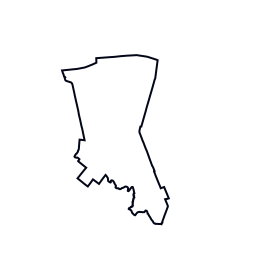 Malu, Giurgiu, Romania (Natural Earth projection), rotated 220°
{"feature_id": "2599482B97919449751722", "entity_name": "Malu", "entity_type": "district", "adm_level": 2, "iso_a3": "ROU", "parent_name": "Romania", "parent_adm1": "Giurgiu", "projection": "natural_earth1", "projection_center": [25.787, 43.81], "detail": "fine", "context": "isolated", "style": "outline", "palette": "ink", "viewbox_px": 256, "rotation_deg": 220, "n_neighbors": 0, "source": "geoboundaries", "source_scale": "gbopen_adm2", "svg_char_len": 4769}
<svg xmlns="http://www.w3.org/2000/svg" viewBox="0 0 256 256"><g transform="rotate(220 128 128)"><path d="M148.9,199.0L149.9,198.7L155.6,196.4L159.2,194.9L168.2,189.4L174.9,183.1L179.6,178.5L183.8,174.1L186.5,171.5L197.2,161.1L194.2,157.7L196.3,153.3L197.3,151.6L197.5,151.0L200.0,146.6L205.0,140.5L212.2,133.1L215.5,129.7L212.6,127.9L211.9,127.7L210.2,126.4L209.9,126.3L209.3,126.6L209.1,126.5L209.0,126.4L208.9,126.4L209.0,126.1L208.8,126.0L208.8,125.8L208.2,125.3L207.7,125.0L207.1,124.6L206.5,124.3L206.1,124.3L205.8,124.3L205.4,124.5L204.1,125.0L201.2,126.2L201.0,126.3L200.7,126.3L200.0,126.2L199.4,126.1L198.9,125.8L198.0,125.2L196.7,124.2L191.4,120.1L189.8,118.8L177.3,109.3L174.1,106.6L170.2,103.7L164.8,99.5L164.0,98.9L163.7,98.8L162.3,97.7L161.6,97.2L159.6,95.6L153.4,90.7L157.6,88.0L157.3,87.5L155.4,84.8L154.4,83.4L153.3,81.8L152.9,81.4L152.6,80.8L152.1,80.2L151.9,79.8L151.8,79.6L151.8,79.3L151.7,78.3L151.6,78.2L151.1,77.7L151.1,77.0L151.1,76.6L150.9,75.7L150.9,75.4L151.1,74.9L151.2,74.5L151.0,74.0L151.0,73.3L150.8,72.3L150.7,72.1L150.7,71.8L150.6,71.7L150.3,71.6L150.1,71.6L149.7,71.5L148.6,72.0L148.4,72.1L147.9,72.7L147.7,72.8L147.0,72.9L145.2,72.9L145.0,72.7L145.0,70.7L144.9,70.6L144.7,70.5L139.5,70.6L134.5,70.7L134.5,66.6L134.4,61.6L134.3,57.0L123.1,57.2L122.8,57.3L122.7,57.3L121.2,57.4L121.4,61.1L121.8,66.1L114.9,66.5L114.3,66.5L114.8,73.0L115.0,77.6L113.5,77.4L113.2,77.3L112.4,77.0L111.7,76.9L111.1,76.5L110.6,76.2L110.3,75.8L110.2,75.6L109.2,74.7L108.7,74.6L108.0,74.6L107.5,74.7L106.9,74.8L106.5,74.9L106.4,75.0L106.3,75.3L106.5,75.7L107.0,76.3L107.2,76.6L107.2,76.8L107.1,77.0L106.9,77.4L106.5,77.6L106.0,77.8L105.8,77.9L105.1,77.8L104.2,77.6L104.0,77.4L102.8,77.0L101.5,76.4L101.0,76.3L100.6,76.2L100.1,76.0L99.9,75.7L99.7,75.4L99.6,74.8L99.5,74.6L99.4,74.5L99.1,74.4L98.8,74.4L98.0,74.6L97.7,74.7L97.3,75.1L97.0,75.2L96.9,75.5L96.7,75.6L96.3,75.7L96.1,75.7L95.8,75.6L95.5,75.6L95.3,75.7L95.2,75.8L94.7,76.1L94.4,76.5L94.3,76.9L94.2,77.5L94.1,77.8L94.0,78.1L93.6,78.6L93.4,79.0L93.1,79.6L92.6,81.0L92.5,81.3L92.3,81.5L92.0,81.8L91.1,82.2L90.9,82.2L90.5,82.3L90.1,82.3L89.8,82.2L89.4,82.1L89.1,81.9L88.5,80.9L88.3,80.6L87.9,79.9L87.7,79.7L87.2,79.8L87.0,80.1L87.0,80.3L87.0,81.1L87.0,81.6L87.0,82.0L87.1,82.5L87.1,83.1L87.1,83.6L87.2,84.2L87.2,84.9L87.1,85.2L87.0,85.4L86.9,85.5L86.5,85.8L85.3,85.1L84.0,84.3L83.6,83.9L83.0,83.5L82.4,83.0L81.8,82.6L81.6,82.4L81.6,82.1L81.4,82.0L81.6,81.8L81.6,81.7L81.4,81.6L81.3,81.4L81.2,81.0L81.0,80.9L80.9,80.6L80.9,80.4L80.6,80.3L80.5,80.0L80.2,80.0L80.2,79.8L79.9,79.5L79.8,79.8L79.5,79.7L79.4,79.5L79.2,79.3L79.0,79.2L78.8,79.1L78.6,79.0L78.5,78.7L78.4,78.6L78.4,78.2L78.6,78.1L78.4,77.8L78.4,77.6L78.2,77.4L78.3,77.0L78.2,76.9L78.2,76.7L77.8,76.4L77.6,75.8L77.4,75.7L77.3,75.3L77.2,75.2L77.2,74.9L76.9,74.8L76.9,74.5L76.6,74.4L76.6,74.1L76.6,73.8L76.5,73.7L76.2,73.4L75.8,73.2L75.6,73.1L75.5,72.9L75.5,72.7L75.3,72.6L75.3,72.4L75.2,72.3L75.1,72.0L75.0,71.9L74.8,71.7L74.5,71.5L74.4,71.5L74.4,71.2L74.3,70.8L74.2,70.7L74.3,70.5L74.5,70.4L74.7,70.2L74.6,69.9L74.9,69.8L74.9,69.7L75.0,69.5L75.1,69.3L75.0,69.0L75.0,68.9L75.0,68.7L75.2,68.4L75.2,68.1L75.2,67.9L75.3,67.7L75.6,67.4L75.7,67.1L75.6,66.8L75.4,66.4L75.0,66.4L73.7,66.8L73.3,66.9L73.0,66.9L72.4,66.8L71.3,66.3L70.1,65.6L69.9,65.6L69.4,65.6L69.0,65.6L68.8,65.5L67.4,65.4L67.1,65.5L66.6,65.6L66.4,65.8L66.4,66.3L66.6,67.6L66.6,68.0L66.5,68.8L66.5,69.1L66.5,69.4L66.3,69.7L65.9,70.5L65.4,71.0L65.0,71.3L64.2,71.8L63.9,72.1L62.8,72.8L62.1,73.4L61.7,73.9L61.5,74.2L61.5,74.5L61.4,74.5L61.5,75.2L61.5,75.6L61.4,76.1L60.9,76.4L60.7,76.5L60.1,76.4L59.9,76.4L58.6,75.6L58.2,75.3L58.0,75.1L57.9,75.2L57.7,75.2L57.1,75.1L56.6,74.9L56.2,74.6L55.8,74.4L55.5,74.3L54.9,74.2L54.5,74.1L53.6,73.8L52.0,73.2L51.2,72.9L50.6,72.7L49.4,72.6L49.0,72.5L47.7,71.9L47.3,71.9L46.9,71.8L46.3,71.9L45.4,72.2L45.3,72.5L45.2,72.5L44.8,72.7L44.2,73.2L42.8,74.2L42.3,74.6L41.7,75.1L41.0,75.6L40.8,75.7L40.5,75.8L40.8,76.9L40.8,77.0L41.0,76.9L41.0,77.0L44.1,85.3L44.7,87.1L44.9,87.7L47.0,93.5L47.2,93.8L47.6,94.0L49.2,94.9L53.8,97.3L53.4,97.8L53.1,98.2L52.9,98.1L51.5,100.3L62.4,106.0L64.2,102.9L66.7,104.3L67.8,104.8L75.7,109.0L79.6,111.2L80.1,111.4L80.2,111.5L80.0,111.9L79.9,112.0L80.0,112.1L80.9,112.6L83.9,114.2L84.4,114.4L84.7,114.4L85.0,114.5L87.7,116.0L88.3,116.4L89.8,117.2L95.6,120.6L96.8,121.3L98.1,122.1L100.5,123.3L100.9,123.5L101.5,123.8L101.9,124.0L102.9,124.6L103.7,125.0L104.0,125.2L107.2,127.0L109.1,127.9L111.6,129.4L112.5,129.8L113.8,130.6L116.1,131.8L116.3,132.0L116.7,132.3L117.3,133.0L118.3,134.8L119.4,137.0L118.7,137.7L119.1,138.4L119.9,140.3L121.2,143.2L123.5,148.3L125.0,151.7L126.6,155.1L127.5,157.1L128.8,160.1L135.7,175.7L138.3,181.4L138.8,182.5L138.8,182.9L138.9,183.3L148.9,199.0Z" fill="none" stroke="#020617" stroke-width="2"/></g></svg>